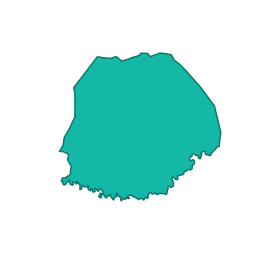 outline of San Juan Bautista Atatlahuca, Oaxaca, Mexico, rotated 148°
{"feature_id": "50627088B89810270526717", "entity_name": "San Juan Bautista Atatlahuca", "entity_type": "district", "adm_level": 2, "iso_a3": "MEX", "parent_name": "Mexico", "parent_adm1": "Oaxaca", "projection": "albers", "projection_center": [-96.715, 17.584], "detail": "fine", "context": "isolated", "style": "filled", "palette": "teal", "viewbox_px": 256, "rotation_deg": 148, "n_neighbors": 0, "source": "geoboundaries", "source_scale": "gbopen_adm2", "svg_char_len": 5654}
<svg xmlns="http://www.w3.org/2000/svg" viewBox="0 0 256 256"><g transform="rotate(148 128 128)"><path d="M44.9,124.3L48.8,147.4L50.9,156.1L52.7,160.5L52.9,161.3L52.9,162.1L52.5,167.3L56.4,170.8L61.2,174.6L71.3,176.7L72.0,181.0L77.3,184.5L80.3,183.6L88.8,185.9L90.2,186.0L97.1,187.8L97.8,188.1L100.2,194.8L105.8,196.2L110.6,199.8L116.3,204.6L152.7,190.9L154.3,186.6L154.6,185.7L160.5,176.1L167.4,165.2L172.6,162.1L177.3,158.9L186.2,154.3L187.6,153.2L191.8,148.3L193.1,147.2L198.3,144.6L196.6,143.0L195.5,142.4L194.7,141.1L194.3,140.3L193.2,139.6L193.1,139.3L193.0,138.9L192.8,136.7L192.9,136.4L193.5,135.6L194.4,134.8L195.5,134.1L195.6,133.1L196.1,132.4L196.3,131.4L196.4,128.0L196.3,127.5L196.0,126.3L196.6,125.2L197.5,124.6L198.4,123.3L199.0,122.9L199.8,121.7L199.9,121.2L200.1,121.0L200.5,120.0L201.9,119.5L202.4,119.1L203.0,119.0L203.5,118.7L204.7,119.2L205.4,118.8L205.5,119.0L205.9,119.2L206.7,118.9L207.4,118.9L208.1,119.1L208.7,119.6L210.5,120.3L211.2,119.2L212.2,118.9L212.5,118.6L212.6,118.3L212.4,117.9L211.6,117.2L211.6,116.9L211.7,116.6L212.5,115.8L212.9,115.0L212.4,113.7L210.7,113.2L208.9,114.2L208.6,114.5L208.2,114.5L207.5,114.0L207.0,114.1L206.6,114.5L206.4,114.6L205.4,114.8L205.3,114.7L205.2,114.3L205.3,113.7L205.5,113.0L205.8,112.5L206.4,112.0L206.7,111.6L206.8,111.2L206.8,110.8L206.6,110.5L206.3,110.3L206.1,110.0L205.9,109.3L205.6,109.0L205.1,108.9L204.5,109.0L204.2,110.5L203.8,111.0L203.2,111.2L202.9,110.7L201.7,109.2L201.5,108.0L201.2,107.9L200.8,108.0L200.4,108.5L200.2,109.2L200.2,109.8L199.9,109.9L199.6,109.7L199.4,109.2L199.4,108.4L199.2,106.3L199.1,106.1L198.7,106.1L198.5,105.6L198.6,105.3L198.7,105.0L199.2,104.7L199.7,103.9L200.1,103.2L200.5,102.7L201.2,101.7L201.2,101.4L201.1,101.1L200.8,101.0L200.5,100.9L199.5,101.2L198.9,101.6L198.3,102.3L198.0,102.6L197.1,102.9L196.7,102.9L196.5,102.6L196.3,101.6L196.1,101.1L195.6,100.8L194.5,100.2L194.1,100.2L193.5,100.4L192.9,100.4L192.3,99.9L192.3,99.0L192.8,98.7L193.8,98.6L194.0,98.1L194.1,97.5L193.8,96.0L193.3,94.8L193.1,94.7L192.9,94.8L192.1,95.3L191.6,96.0L191.4,96.0L191.0,95.8L190.8,95.6L190.7,95.2L190.7,94.9L190.9,94.4L191.6,92.9L191.6,92.4L191.5,92.1L191.0,91.9L190.3,91.7L189.6,91.7L189.4,92.0L188.9,93.3L188.7,93.6L187.9,94.2L187.5,94.0L187.3,93.7L187.1,93.2L187.1,92.6L187.2,91.4L187.2,90.8L187.0,90.4L186.6,90.2L186.2,90.2L185.9,90.4L185.0,91.1L184.7,91.2L184.1,91.0L183.6,90.6L183.5,90.2L183.4,89.4L182.9,87.6L182.9,86.5L183.1,86.3L183.3,86.2L184.4,86.0L185.5,86.1L185.5,86.9L185.9,87.3L186.5,87.2L186.7,86.5L187.1,86.0L188.6,86.0L189.0,85.5L188.9,84.3L188.6,83.6L188.1,83.2L187.2,83.6L185.6,84.9L185.3,85.4L184.4,85.1L183.6,84.6L183.5,84.0L183.7,83.4L184.1,83.0L184.3,82.6L184.2,82.2L183.6,80.6L183.4,80.2L183.2,80.0L182.5,80.9L181.8,81.4L181.3,81.6L180.9,81.7L180.9,81.0L180.1,80.4L179.7,80.2L179.4,80.6L178.9,81.2L178.4,81.4L178.1,80.6L178.0,80.1L178.3,79.2L178.8,78.7L179.0,78.2L178.6,76.4L178.7,75.8L178.3,74.8L178.1,74.6L177.9,74.7L177.6,75.5L177.3,76.0L176.8,76.3L176.4,76.3L174.4,76.0L173.9,76.0L173.5,76.4L173.4,77.0L173.5,77.6L173.3,78.4L172.7,78.8L172.2,78.5L172.1,78.1L172.0,77.7L172.0,76.4L172.1,75.5L172.1,75.0L171.7,74.5L171.5,73.6L170.9,72.9L170.8,72.4L171.2,71.9L171.5,71.7L172.2,71.3L172.3,70.5L172.2,69.9L171.8,69.8L171.3,70.3L171.1,70.6L170.8,70.9L170.5,70.9L169.9,70.8L169.5,70.5L168.9,69.6L168.5,69.1L168.0,69.0L166.3,69.7L166.0,69.5L165.8,68.9L165.5,68.5L164.8,67.8L164.4,67.7L164.1,68.5L164.1,68.8L164.4,69.3L164.7,69.6L164.7,70.0L163.7,70.5L163.1,70.4L162.6,70.3L161.7,69.6L160.7,69.0L160.3,68.4L160.0,67.7L159.8,66.6L158.7,65.9L158.0,63.8L157.3,63.1L157.1,62.4L156.9,61.8L156.5,61.6L155.0,61.8L154.6,61.6L153.9,61.0L153.6,60.5L153.1,60.2L152.9,58.9L152.8,58.6L152.6,58.6L152.4,58.7L152.1,59.0L151.5,59.1L151.0,59.6L150.4,59.8L149.7,59.7L149.4,59.6L149.2,58.6L148.8,58.2L148.6,58.1L148.3,58.2L147.7,58.5L147.4,59.0L147.3,59.4L146.6,60.5L144.6,61.6L144.1,61.5L143.8,61.4L143.0,60.6L142.6,59.7L142.3,59.2L141.7,58.9L140.7,58.7L139.9,58.8L139.5,58.6L139.2,58.3L139.3,57.5L139.1,56.8L138.7,56.5L138.4,56.3L137.9,55.9L137.3,55.6L136.4,56.0L135.7,56.0L135.3,55.7L134.4,54.6L132.2,53.3L131.9,53.0L131.4,51.8L131.2,51.7L130.2,51.4L128.9,52.9L126.3,55.3L124.8,57.3L124.3,57.4L123.7,56.8L123.4,55.4L122.9,54.8L122.6,54.6L122.4,54.6L122.1,54.8L120.8,54.8L120.6,54.7L120.4,54.8L119.8,55.1L119.6,55.5L119.6,55.9L119.5,56.0L119.3,56.2L118.6,57.4L118.2,57.9L118.0,59.0L118.1,60.2L117.3,62.3L116.8,62.6L116.2,62.6L115.7,62.4L115.3,61.7L115.1,59.8L114.9,59.3L113.7,58.2L112.9,58.2L112.8,58.3L112.8,58.6L112.2,59.5L111.8,60.4L111.3,60.9L110.8,60.9L110.4,61.0L109.7,60.8L107.9,60.0L107.2,59.6L106.3,59.5L106.0,59.5L105.0,59.8L104.8,60.0L103.5,61.1L103.2,61.2L102.3,61.0L101.7,60.6L101.1,60.5L100.0,61.1L99.5,61.1L99.0,60.8L98.6,60.6L97.8,59.8L96.7,59.3L95.4,59.5L94.9,59.9L94.0,61.4L93.5,61.9L92.7,62.2L92.0,62.2L90.5,62.7L90.1,63.2L89.4,64.2L89.3,65.4L89.3,66.1L89.5,66.4L90.0,66.7L90.9,66.7L91.8,67.0L92.3,67.4L92.5,67.6L92.4,68.5L91.5,69.9L90.8,70.3L89.4,70.2L89.0,70.2L88.2,70.7L87.7,71.3L87.0,71.6L86.4,71.7L85.8,71.4L85.4,70.9L85.2,70.0L85.0,69.1L84.8,68.6L84.3,68.2L83.2,67.4L82.9,67.0L83.0,66.5L84.0,65.6L84.0,65.3L83.6,64.1L82.7,63.9L82.3,64.0L81.5,64.7L81.4,64.9L80.9,65.3L80.0,65.9L79.5,66.5L79.4,66.9L79.7,67.5L79.8,67.8L79.7,68.0L79.2,68.4L78.3,68.5L77.9,68.3L76.7,68.0L75.7,67.9L75.2,67.8L75.0,67.4L75.1,66.6L75.8,65.7L76.1,65.0L76.1,64.5L75.3,63.4L74.7,63.0L74.1,62.4L73.6,61.6L73.1,61.1L72.4,61.2L71.3,61.8L69.7,62.6L68.4,63.0L67.1,63.2L65.5,63.6L65.3,63.6L64.4,63.9L63.8,64.3L62.8,64.7L62.0,64.6L61.5,64.2L60.9,64.3L60.5,64.2L55.6,70.5L51.8,74.7L43.1,100.7L44.9,124.3Z" fill="#14b8a6" stroke="#0f766e" stroke-width="1.5"/></g></svg>